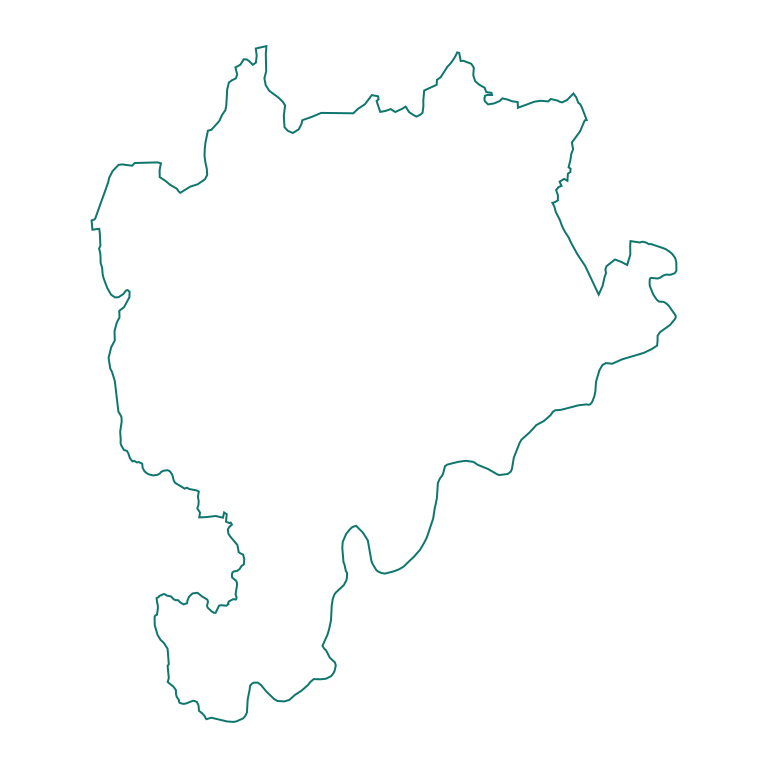 outline of Zozocolco de Hidalgo, Veracruz, Mexico
{"feature_id": "50627088B61814303720147", "entity_name": "Zozocolco de Hidalgo", "entity_type": "district", "adm_level": 2, "iso_a3": "MEX", "parent_name": "Mexico", "parent_adm1": "Veracruz", "projection": "equal_earth", "projection_center": [-97.559, 20.128], "detail": "fine", "context": "isolated", "style": "outline", "palette": "teal", "viewbox_px": 768, "rotation_deg": 0, "n_neighbors": 0, "source": "geoboundaries", "source_scale": "gbopen_adm2", "svg_char_len": 6067}
<svg xmlns="http://www.w3.org/2000/svg" viewBox="0 0 768 768"><path d="M156.6,598.1L157.1,602.3L157.8,605.2L157.9,608.1L157.0,614.7L155.4,615.4L154.6,616.8L154.7,625.0L157.5,634.8L160.5,639.8L163.9,643.0L167.6,648.8L168.8,664.3L167.6,665.8L168.8,678.0L167.7,682.0L173.5,686.7L175.9,690.1L176.0,694.0L176.7,696.8L179.0,700.2L178.8,701.1L179.6,702.8L183.1,703.9L185.7,703.6L192.6,700.9L194.1,700.8L196.9,702.0L198.5,705.3L199.0,710.8L202.0,713.2L205.0,716.5L205.4,717.9L206.4,719.2L211.3,717.7L227.3,721.5L233.4,721.9L236.1,721.5L242.9,718.5L245.0,716.4L246.9,712.6L247.7,699.5L249.7,689.3L250.1,685.6L251.6,684.0L253.5,682.7L257.7,682.6L261.1,685.1L266.3,691.5L274.1,699.0L277.5,701.0L284.4,701.4L289.4,699.9L294.8,695.0L301.2,690.9L304.6,688.0L308.2,684.8L310.3,682.0L313.7,679.1L320.7,679.3L326.0,678.7L331.2,676.1L333.5,673.1L334.6,670.8L335.8,665.5L334.9,662.4L329.9,657.8L326.0,650.3L324.1,648.5L322.5,645.8L327.5,634.6L329.0,629.7L331.0,620.3L331.7,605.7L332.6,599.8L333.3,597.3L334.7,594.0L336.2,592.2L343.9,585.0L346.4,580.2L346.9,577.9L347.1,573.0L345.8,570.8L344.4,564.2L343.5,562.3L342.3,548.0L342.7,542.0L346.2,533.8L350.2,529.0L352.3,527.1L356.1,525.8L362.9,532.6L367.8,540.4L371.5,561.3L372.7,564.1L376.4,570.2L378.6,571.8L381.7,573.1L385.0,573.6L393.9,571.3L398.9,569.4L403.5,566.7L414.4,556.2L420.0,549.8L424.2,542.7L426.9,537.3L433.2,518.4L434.5,509.6L436.9,498.1L437.9,482.8L440.1,478.2L442.0,475.8L443.1,473.5L445.0,466.2L447.1,464.7L451.1,463.6L458.5,461.8L465.9,460.8L473.5,461.9L477.7,464.8L488.2,469.1L497.9,474.7L499.5,475.0L507.7,474.0L510.8,471.6L511.9,469.1L513.8,457.7L519.7,442.7L521.6,439.5L529.5,432.5L536.3,425.1L544.2,420.8L550.6,415.1L552.8,411.9L555.2,410.3L561.1,409.8L578.5,405.3L586.3,404.4L589.0,404.8L590.4,404.1L592.1,402.0L594.3,396.5L595.4,391.2L596.0,381.8L599.4,370.3L602.4,365.0L605.9,363.1L612.3,363.7L621.9,359.4L644.0,352.8L652.0,348.9L657.1,345.6L657.6,340.2L657.6,335.7L660.0,332.2L670.2,324.8L675.0,319.0L675.7,317.4L675.6,315.5L668.6,305.6L666.8,303.9L664.9,302.5L663.4,301.9L658.9,301.5L656.7,299.6L653.4,294.7L650.0,286.6L649.6,284.2L649.7,279.8L650.1,278.5L651.1,277.9L657.6,278.5L660.3,277.6L663.5,275.4L666.1,274.6L670.3,274.8L674.7,273.3L676.4,270.7L676.3,262.4L675.2,258.0L672.3,254.1L670.0,252.0L665.5,249.0L651.3,244.1L648.8,244.1L646.2,242.6L643.6,241.9L641.9,241.8L639.8,242.5L630.5,241.1L630.2,245.6L630.3,254.7L627.2,265.0L621.5,262.0L615.0,259.5L606.5,266.2L605.4,269.5L606.0,273.1L604.5,277.3L602.6,285.9L598.7,294.6L585.2,266.0L577.4,254.3L570.7,242.1L568.8,237.7L565.2,232.2L562.3,226.7L559.7,219.6L555.9,212.2L554.3,206.5L552.4,202.8L554.6,202.3L557.9,200.4L557.9,195.2L556.1,190.1L558.6,187.0L561.5,185.9L559.6,181.7L564.1,178.9L567.4,180.8L567.9,173.7L570.3,172.0L570.6,168.7L568.6,167.3L570.4,160.0L571.3,153.9L573.1,149.3L571.9,142.5L580.1,131.3L584.7,120.4L586.7,120.1L581.9,107.5L580.3,104.3L578.3,102.8L576.2,97.3L573.4,93.5L567.1,100.0L562.1,102.4L559.8,101.8L557.5,100.6L550.8,99.0L548.2,101.4L540.5,100.8L534.4,101.7L517.9,107.8L517.7,102.0L512.2,101.3L507.1,99.4L502.3,98.4L499.7,101.0L494.2,103.4L488.1,104.4L484.7,101.0L484.4,98.3L485.1,95.7L487.5,94.9L492.0,95.0L491.4,92.8L486.3,92.1L484.6,87.7L479.4,84.8L475.2,81.2L473.3,75.4L473.8,67.7L471.3,63.8L463.5,60.8L460.7,61.0L459.2,52.9L457.2,52.4L455.3,56.4L452.8,60.4L450.0,64.1L447.5,66.6L440.6,77.3L437.0,79.8L436.6,84.8L424.2,90.5L423.3,100.4L423.4,106.5L422.5,112.9L419.9,114.9L416.4,116.6L412.6,114.5L409.0,112.0L405.6,106.6L402.0,108.9L395.2,112.0L390.7,109.1L385.3,111.0L380.2,111.9L376.6,101.0L378.5,99.3L378.1,96.3L371.8,95.1L365.0,104.2L357.6,109.1L353.4,113.3L321.2,112.9L312.5,116.6L302.3,120.2L301.4,124.1L298.7,129.4L292.8,133.0L287.8,130.8L284.5,127.1L283.8,115.6L285.1,105.4L282.7,101.7L278.6,97.7L269.3,90.8L265.7,85.2L264.4,78.2L266.2,71.3L265.8,53.9L266.4,46.1L255.8,48.5L256.7,55.7L255.9,62.6L252.8,64.8L249.2,61.2L246.9,59.5L243.7,59.3L240.4,64.7L235.4,67.4L237.2,74.6L235.8,78.4L231.5,80.5L228.9,82.6L227.2,89.3L226.3,105.4L225.4,110.1L222.1,114.9L219.4,120.9L211.4,129.8L207.9,130.7L205.5,142.4L204.8,148.4L204.5,155.6L205.3,162.0L206.8,168.7L207.2,174.9L205.0,179.2L197.7,184.3L190.5,186.5L180.2,192.8L178.5,191.2L176.8,188.7L170.1,184.8L165.5,180.9L159.7,177.1L159.6,170.2L160.9,163.3L157.6,162.4L134.7,163.0L132.1,165.7L122.1,164.4L118.5,164.9L112.5,171.2L109.2,177.8L108.2,182.3L95.2,218.6L93.9,219.7L91.6,220.4L92.4,229.7L99.2,228.8L99.8,233.1L100.4,245.7L99.1,248.5L100.1,252.5L100.5,255.8L100.6,262.9L102.1,267.6L102.6,274.0L103.5,278.0L107.3,288.1L111.0,294.6L114.9,297.4L118.5,297.2L123.3,294.1L126.1,290.5L127.7,290.1L129.6,291.8L129.4,297.2L124.1,307.1L119.3,310.8L119.5,317.5L116.9,322.3L114.5,331.1L114.8,340.4L111.2,347.2L108.6,357.8L110.2,368.4L112.1,372.2L114.8,381.0L118.4,411.6L121.4,416.7L121.7,421.3L120.2,431.7L120.7,439.4L120.6,443.4L121.5,445.9L124.0,450.0L126.8,450.8L128.3,453.2L129.9,458.2L132.4,461.4L134.2,460.9L136.8,462.4L138.8,462.1L142.2,463.7L142.6,467.7L144.5,471.3L146.9,473.3L149.5,474.6L153.2,475.4L157.2,474.9L159.6,473.7L161.4,471.7L163.6,470.7L167.6,470.2L169.9,471.3L172.3,474.8L173.8,480.6L175.2,482.9L184.6,488.6L186.9,487.7L189.2,489.0L196.5,490.4L198.8,491.5L197.9,496.8L198.7,501.2L198.4,505.2L197.3,508.4L200.0,512.6L199.3,517.4L206.2,517.1L215.8,516.0L222.9,517.7L224.1,512.5L226.7,514.2L226.0,521.6L229.1,523.0L230.7,522.6L231.9,524.6L229.2,527.1L227.8,529.4L228.4,533.6L229.9,536.1L237.4,545.0L238.7,552.1L240.1,553.2L243.1,554.6L244.3,559.2L243.8,564.4L241.5,566.0L239.6,569.1L236.9,571.0L234.3,571.3L232.5,572.4L231.9,574.5L232.1,577.5L235.8,580.5L236.8,582.2L237.1,584.7L235.6,594.1L236.6,597.7L235.9,599.5L233.1,599.2L228.8,601.5L228.1,603.1L228.5,604.0L226.3,605.7L221.2,605.2L219.1,605.6L215.6,612.8L213.9,612.8L211.5,611.3L207.8,607.8L207.0,605.9L208.0,601.7L207.3,599.6L201.8,596.3L198.1,593.2L196.9,592.8L192.4,593.5L189.0,596.8L187.8,599.6L186.9,603.3L183.6,604.4L180.2,602.4L178.0,600.1L175.9,600.2L173.8,599.4L171.0,596.4L166.9,595.6L164.9,594.3L163.5,594.1L159.5,595.9L158.7,597.0L156.6,598.1Z" fill="none" stroke="#0f766e" stroke-width="2"/></svg>